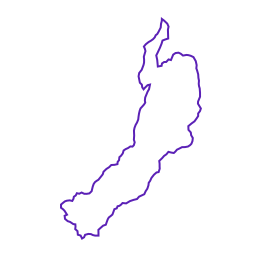 the district of Rubiácea, São Paulo, Brazil, rotated 353°
{"feature_id": "56859067B43286600004708", "entity_name": "Rubiácea", "entity_type": "district", "adm_level": 2, "iso_a3": "BRA", "parent_name": "Brazil", "parent_adm1": "São Paulo", "projection": "albers", "projection_center": [-50.795, -21.344], "detail": "fine", "context": "isolated", "style": "outline", "palette": "violet", "viewbox_px": 256, "rotation_deg": 353, "n_neighbors": 0, "source": "geoboundaries", "source_scale": "gbopen_adm2", "svg_char_len": 2700}
<svg xmlns="http://www.w3.org/2000/svg" viewBox="0 0 256 256"><g transform="rotate(353 128 128)"><path d="M52.2,195.8L51.8,199.0L53.6,200.7L54.9,202.4L55.9,204.5L56.9,206.6L54.4,207.4L54.4,210.5L56.8,213.1L59.1,214.2L62.0,216.7L64.0,217.2L63.9,219.4L63.3,221.9L65.3,224.2L65.2,227.8L67.9,229.0L68.9,232.1L71.1,231.1L72.4,228.8L75.7,228.3L78.3,228.8L80.1,230.0L82.3,230.8L85.6,231.2L85.9,228.6L86.2,225.5L88.9,223.6L91.4,221.9L94.2,221.3L95.6,218.4L96.8,216.1L98.0,214.5L100.2,213.2L102.0,212.0L103.1,209.9L104.6,206.9L107.0,206.4L108.1,204.4L110.0,204.2L111.8,203.2L113.4,201.8L117.0,202.6L121.0,200.8L124.9,200.0L128.3,199.6L130.6,197.5L136.1,195.7L137.8,192.9L139.8,190.6L141.3,187.4L141.9,184.9L143.5,183.2L145.2,180.4L148.1,177.5L150.9,175.6L153.0,175.5L154.5,172.3L154.7,169.8L155.0,167.4L155.0,164.5L158.2,162.1L160.4,160.1L162.9,158.8L165.2,156.6L167.8,157.6L170.4,158.4L172.1,157.2L173.9,155.5L176.3,154.7L179.3,153.6L182.3,153.9L185.3,153.7L187.5,152.6L189.0,151.4L190.4,148.8L191.1,145.8L189.8,142.9L189.8,140.1L187.8,137.2L188.1,133.5L191.7,131.2L194.8,129.5L197.3,126.8L199.1,124.7L199.4,122.1L201.5,120.0L202.7,117.5L200.4,112.4L200.8,110.2L203.3,105.8L203.8,101.7L204.0,97.4L203.6,95.1L203.6,92.8L204.2,89.7L204.0,86.8L204.2,83.3L203.6,79.3L203.1,77.1L203.8,74.0L203.4,69.9L201.6,65.6L199.1,64.0L197.0,63.1L195.0,62.6L191.4,62.8L189.4,60.7L187.3,59.4L184.3,59.4L181.8,60.7L178.9,65.8L176.6,64.9L174.0,67.1L171.9,66.9L169.6,68.1L168.9,70.4L165.1,70.6L165.3,63.9L164.9,59.4L166.3,57.3L169.5,52.2L171.6,48.4L172.9,45.4L175.6,44.7L178.8,44.1L179.6,35.3L180.6,32.3L179.7,29.2L178.3,27.5L176.9,25.8L174.9,23.9L174.6,25.9L173.5,28.5L172.7,32.3L170.0,36.3L168.5,38.3L166.8,39.3L165.6,41.3L163.7,42.9L161.1,44.3L158.9,45.2L155.8,47.1L153.7,49.1L154.4,51.4L154.7,53.8L153.5,56.6L152.4,59.2L152.3,62.3L151.9,65.1L151.1,67.3L148.7,71.9L145.8,74.8L144.8,78.0L145.3,84.5L147.0,86.6L147.1,89.4L148.2,91.5L149.6,90.2L152.6,87.9L155.1,87.6L153.6,92.1L151.9,94.3L150.5,96.8L148.8,99.8L148.1,102.7L148.2,104.9L146.8,106.6L144.8,108.4L142.8,110.1L141.7,112.3L140.7,115.0L139.8,118.2L139.2,120.8L137.6,123.7L136.0,125.8L134.5,128.6L133.6,131.3L133.4,133.7L133.2,136.3L132.4,140.4L132.9,143.0L131.7,145.8L130.2,147.0L128.1,146.6L125.6,147.9L123.0,148.7L120.9,149.8L119.7,152.6L117.7,154.7L115.9,155.9L115.2,158.8L113.6,160.4L113.1,162.6L110.1,162.9L106.9,162.7L104.5,164.6L101.6,166.0L98.4,168.4L97.3,170.9L95.4,172.8L92.3,175.8L90.5,176.6L88.6,177.7L87.1,179.4L85.9,181.8L84.2,186.3L81.7,188.2L78.9,188.3L76.6,188.0L74.1,186.4L71.6,187.3L69.3,186.5L67.9,188.6L65.9,189.6L65.2,191.7L63.8,193.6L61.3,192.7L58.5,192.7L56.5,193.1L54.5,194.3L52.2,195.8Z" fill="none" stroke="#5b21b6" stroke-width="2"/></g></svg>